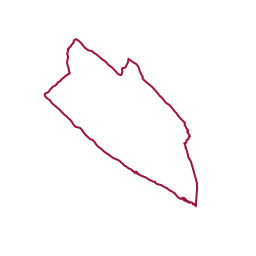 Karura, Semenawi Keyih Bahri, Eritrea (Equal Earth projection), rotated 145°
{"feature_id": "51966322B45199582240714", "entity_name": "Karura", "entity_type": "district", "adm_level": 2, "iso_a3": "ERI", "parent_name": "Eritrea", "parent_adm1": "Semenawi Keyih Bahri", "projection": "equal_earth", "projection_center": [38.724, 17.385], "detail": "fine", "context": "isolated", "style": "outline", "palette": "rose", "viewbox_px": 256, "rotation_deg": 145, "n_neighbors": 0, "source": "geoboundaries", "source_scale": "gbopen_adm2", "svg_char_len": 5628}
<svg xmlns="http://www.w3.org/2000/svg" viewBox="0 0 256 256"><g transform="rotate(145 128 128)"><path d="M88.0,184.2L90.6,181.7L93.3,180.3L94.1,179.6L94.6,179.4L95.6,179.4L96.0,179.2L96.6,179.5L97.2,179.6L97.5,179.8L97.9,180.3L98.0,180.3L98.3,180.0L99.2,179.7L99.6,179.0L100.0,177.8L100.2,177.6L100.9,177.1L101.3,176.4L101.7,176.1L103.0,175.4L103.5,175.5L104.0,175.9L104.2,176.3L104.9,177.5L105.4,178.8L105.4,180.2L106.0,184.0L106.2,186.3L106.6,187.2L107.8,191.0L108.1,193.7L108.6,196.4L109.0,197.3L109.3,197.7L109.7,198.9L110.5,201.9L111.2,205.0L111.8,207.0L112.8,209.0L113.1,210.5L113.2,210.9L114.0,212.4L114.7,213.1L115.5,213.8L116.1,214.8L116.4,215.6L116.7,216.8L117.2,218.1L117.4,219.4L117.7,224.4L118.0,226.2L118.8,229.0L119.0,229.4L119.4,229.8L119.5,230.2L119.5,230.4L120.4,230.8L121.0,230.8L122.4,230.5L122.6,230.3L123.2,229.6L123.6,229.2L124.3,229.1L125.3,228.6L126.7,228.5L127.5,227.7L128.4,227.6L128.9,227.5L129.7,227.7L130.1,227.7L131.3,226.7L131.6,227.0L131.8,227.1L132.2,226.8L133.1,225.4L133.6,224.9L134.2,224.6L135.1,223.9L136.3,220.7L137.0,219.8L137.7,219.3L139.4,217.8L140.7,215.9L141.7,213.5L142.1,212.1L142.2,211.2L142.7,210.5L143.7,208.5L144.0,206.9L144.4,206.7L144.9,206.1L145.3,206.6L145.9,206.7L146.4,206.4L146.7,206.3L147.8,206.3L148.6,206.6L149.1,206.6L149.6,206.3L150.7,206.1L151.3,206.2L151.9,206.1L152.4,206.2L153.0,206.0L153.5,206.1L154.3,205.9L154.7,206.0L155.0,205.8L155.6,205.7L156.5,205.3L157.6,205.5L158.2,205.4L159.1,205.7L159.4,205.7L160.4,205.0L160.8,204.9L161.4,205.0L162.3,204.5L164.7,204.7L166.1,205.0L167.6,204.5L169.0,204.4L170.5,203.9L171.8,203.2L173.4,203.2L174.6,203.5L176.2,203.7L176.5,203.7L176.8,203.4L177.6,201.9L177.5,201.6L177.6,200.3L177.4,199.7L177.0,198.2L176.8,197.5L176.1,195.6L176.1,192.4L175.9,191.1L175.5,190.0L175.1,187.9L174.6,186.7L174.6,186.4L174.3,185.0L173.8,183.6L173.4,181.0L173.2,180.0L173.0,178.0L172.8,177.6L172.7,176.6L172.6,175.5L171.7,173.2L171.4,170.3L170.7,168.6L170.6,167.9L170.6,167.1L170.5,164.6L170.7,162.1L170.6,160.7L170.4,159.6L170.2,159.0L169.8,158.4L168.9,157.4L168.0,156.6L167.4,155.8L167.2,155.3L166.9,154.0L167.0,153.4L166.8,152.7L166.9,151.0L166.9,149.1L166.6,146.1L166.1,144.0L165.9,142.7L165.4,140.8L164.8,139.6L164.0,138.8L163.9,138.3L163.7,137.8L163.5,136.2L163.5,133.7L163.3,130.2L162.9,128.8L162.2,127.3L162.0,126.2L162.0,125.8L161.8,125.4L161.6,124.6L161.4,124.1L161.4,123.4L160.3,119.9L159.7,118.8L159.5,118.0L158.8,116.8L158.5,115.1L158.2,114.3L157.9,113.8L157.7,112.9L157.2,111.9L157.1,111.5L156.2,110.1L155.5,109.0L154.8,108.2L154.4,107.0L153.8,106.1L153.8,105.6L153.5,104.9L153.6,104.2L153.2,103.4L152.9,101.8L152.7,101.3L152.7,100.8L152.7,100.2L152.4,99.0L151.7,98.0L151.5,97.1L151.1,96.0L151.0,95.7L150.7,94.8L150.0,93.5L149.7,93.1L149.5,92.6L149.0,92.0L148.9,91.4L148.9,90.6L149.1,90.8L149.0,90.6L149.0,90.2L148.5,89.5L148.4,88.8L148.3,89.0L147.6,87.5L147.0,86.9L146.9,86.9L146.8,87.1L146.9,87.3L147.0,87.6L146.9,87.7L146.6,87.7L146.3,87.5L146.3,87.0L146.5,86.8L146.7,86.7L146.6,86.3L146.8,86.2L146.6,85.9L146.5,86.3L146.3,86.5L146.0,86.5L145.9,86.3L145.9,86.1L146.0,85.9L146.5,85.3L146.4,85.2L146.3,85.3L146.3,85.1L146.4,84.9L146.3,84.6L146.2,84.5L145.9,84.1L145.9,83.9L145.7,83.8L145.6,83.5L145.1,82.7L145.1,82.2L144.4,81.3L144.3,80.9L144.2,80.9L143.7,80.2L143.2,79.2L142.7,78.6L141.9,77.4L141.8,77.1L141.7,76.7L141.3,76.2L141.1,75.3L140.7,74.4L140.3,73.4L140.1,73.3L139.8,72.8L138.4,69.9L137.6,69.0L137.1,69.0L136.8,68.7L136.8,68.4L137.1,68.0L137.1,67.6L136.9,66.7L136.6,66.4L136.4,65.6L136.1,65.2L135.3,64.3L134.7,63.4L133.8,62.6L133.8,62.4L133.6,62.3L132.6,59.8L132.3,59.4L131.8,58.2L130.9,56.8L130.6,56.1L130.4,55.9L130.2,55.2L130.3,54.7L129.6,53.3L129.4,52.4L128.3,50.7L127.9,49.2L127.4,48.2L127.1,47.6L127.2,46.7L127.0,44.7L127.0,43.8L126.9,43.4L126.6,42.5L126.5,41.7L126.0,40.9L125.5,39.6L125.4,39.5L123.8,39.3L123.5,39.5L123.3,39.4L123.3,39.5L123.2,39.5L123.1,38.5L123.3,38.2L123.6,38.5L123.5,38.8L123.6,38.1L123.6,37.8L123.2,37.9L122.7,38.4L122.2,38.4L122.1,38.2L122.0,37.8L121.8,37.4L122.0,37.0L122.0,36.8L122.1,36.7L121.7,36.7L121.6,36.1L121.6,35.7L121.7,35.3L121.4,34.1L121.3,33.4L120.8,33.5L120.6,33.2L120.7,32.6L121.0,32.2L120.8,32.1L120.7,32.2L120.0,32.0L119.9,31.7L120.0,31.5L119.8,31.2L119.6,31.3L119.2,31.2L119.0,30.7L118.8,30.6L118.5,30.3L118.0,29.1L118.1,28.7L118.5,28.2L117.9,27.8L117.5,28.0L117.3,27.5L117.4,26.2L117.2,25.2L116.8,25.5L116.2,26.4L115.9,26.7L113.5,29.9L112.3,31.2L110.6,33.4L106.5,38.3L104.5,41.2L103.9,42.5L103.6,42.9L103.2,43.0L95.8,64.1L95.6,64.9L95.6,66.2L95.4,66.8L95.5,67.6L95.5,68.4L95.2,68.8L95.3,69.7L93.8,73.0L92.6,76.4L92.4,77.0L92.3,78.2L92.0,78.6L92.0,79.1L91.8,79.1L91.0,81.1L90.8,81.9L90.8,82.9L90.6,83.2L90.3,83.3L90.1,83.1L89.1,82.6L88.6,82.6L87.9,83.5L87.0,83.9L87.0,84.2L86.8,84.2L86.2,84.5L85.9,84.3L85.1,84.5L85.0,84.4L84.6,84.4L84.3,84.8L84.2,85.1L83.1,85.8L82.8,85.5L82.1,85.8L81.9,86.4L81.8,86.7L81.8,87.8L81.6,88.5L81.7,89.8L81.8,90.2L81.8,90.6L81.5,91.1L81.3,91.2L81.0,90.9L80.3,91.2L80.0,91.5L80.0,91.9L80.2,92.2L80.3,93.4L80.3,94.5L80.3,94.9L80.0,95.7L79.9,96.2L79.9,97.8L79.6,97.9L79.4,98.6L79.1,99.2L78.6,99.8L78.4,99.8L79.2,103.9L79.9,108.5L79.8,112.6L80.3,115.1L80.5,120.0L81.0,123.5L82.5,126.9L82.9,133.5L83.7,136.6L83.7,139.6L84.6,147.5L87.1,156.6L87.6,158.9L87.5,160.6L86.8,161.6L86.6,161.6L86.5,163.8L85.9,167.3L84.9,170.4L84.3,172.9L84.6,175.8L85.6,177.8L86.5,180.3L88.0,184.2ZM122.5,34.6L122.3,34.5L122.2,34.7L122.4,34.9L122.3,35.1L122.5,35.1L122.7,35.4L122.7,35.0L122.5,34.8L122.5,34.6ZM123.5,36.7L123.1,36.1L123.0,35.7L123.0,35.9L123.1,36.5L123.1,36.8L123.2,36.7L123.3,36.9L123.5,36.7Z" fill="none" stroke="#9f1239" stroke-width="2"/></g></svg>